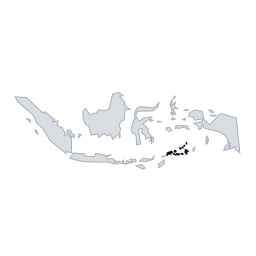 Maluku Barat Daya, Maluku, Indonesia (highlighted), rotated 354°
{"feature_id": "22746128B88480653802061", "entity_name": "Maluku Barat Daya", "entity_type": "district", "adm_level": 2, "iso_a3": "IDN", "parent_name": "Indonesia", "parent_adm1": "Maluku", "projection": "robinson", "projection_center": [127.795, -7.318], "detail": "fine", "context": "in_parent", "style": "filled", "palette": "ink", "viewbox_px": 256, "rotation_deg": 354, "n_neighbors": 0, "source": "geoboundaries", "source_scale": "gbopen_adm2", "svg_char_len": 6834}
<svg xmlns="http://www.w3.org/2000/svg" viewBox="0 0 256 256"><g transform="rotate(354 128 128)"><path d="M87.6,104.3L91.7,110.6L97.9,109.8L101.1,106.8L106.6,108.5L110.8,107.4L116.4,92.6L123.2,91.8L126.4,95.3L123.0,95.7L127.8,102.7L126.4,104.3L132.1,109.9L127.0,109.3L125.3,119.4L121.4,120.8L119.2,124.8L120.6,127.6L119.2,132.1L111.7,137.7L110.1,132.6L107.0,133.8L103.8,131.0L98.2,134.4L97.4,130.8L90.6,131.2L89.3,122.1L85.8,119.6L84.3,113.3L84.9,107.1L87.6,104.3ZM19.2,85.2L30.2,87.1L44.3,103.4L46.0,104.7L46.8,103.0L56.1,112.1L53.8,114.0L59.2,113.6L58.1,118.3L62.5,120.8L64.8,126.5L63.9,129.2L67.5,128.0L70.6,132.0L69.3,146.6L64.0,145.0L63.8,147.0L49.3,132.3L43.2,119.7L37.7,113.3L35.1,105.2L20.8,90.1L19.2,85.2ZM236.8,129.3L236.6,164.4L232.0,159.4L232.5,157.9L226.7,159.6L227.7,156.1L226.1,154.3L226.6,154.0L227.6,154.2L228.1,154.0L225.4,152.6L226.6,152.2L224.2,145.8L219.2,141.9L203.4,135.8L202.8,131.7L200.7,136.2L198.4,137.1L197.6,133.0L193.9,130.2L202.2,129.4L203.2,126.5L195.5,127.3L193.7,123.6L189.3,122.9L190.5,119.8L195.9,117.1L203.5,119.2L204.5,127.7L209.5,133.4L221.7,123.2L236.8,129.3ZM160.2,109.8L154.8,113.6L139.7,112.4L137.8,113.8L137.2,118.2L140.1,122.6L144.4,119.7L153.3,119.4L143.4,125.3L147.9,130.9L147.7,134.7L150.6,138.9L144.5,140.9L144.7,137.3L141.2,134.2L142.0,130.0L140.1,129.6L138.2,131.1L139.0,145.3L134.9,145.5L135.2,137.0L134.4,134.1L131.6,133.5L131.2,129.9L134.6,120.1L136.2,119.9L135.6,115.7L138.2,110.0L142.1,108.0L155.7,110.6L161.3,106.1L160.2,109.8ZM70.8,147.1L81.6,149.1L83.2,151.8L91.6,152.7L93.5,149.8L101.6,152.5L103.9,156.5L110.5,157.2L110.4,160.5L111.4,162.5L105.0,159.9L79.7,156.8L67.0,152.1L70.8,147.1ZM173.8,110.6L178.3,106.7L176.3,111.3L179.3,114.0L174.5,113.6L177.1,120.0L173.6,116.5L172.3,109.1L175.2,103.4L173.8,110.6ZM176.0,130.7L187.3,132.1L188.4,136.0L183.8,133.1L177.5,133.8L175.7,132.2L174.6,134.1L176.0,130.7ZM150.3,161.6L142.0,163.4L136.2,162.1L140.0,159.6L148.1,161.7L150.9,158.9L150.3,161.6ZM126.4,159.1L132.0,159.9L132.9,161.9L121.8,163.8L123.6,160.3L127.4,162.3L128.7,161.5L126.4,159.1ZM160.4,163.4L160.6,167.3L154.4,170.8L154.7,167.0L160.4,163.4ZM70.5,124.2L72.1,128.5L74.2,129.1L73.5,131.8L70.3,130.4L69.3,127.0L66.2,126.2L67.7,123.7L70.5,124.2ZM225.0,159.8L220.8,160.4L222.9,156.0L226.2,155.0L227.2,156.7L225.0,159.8ZM137.1,165.7L139.7,167.6L140.9,169.7L138.3,170.4L132.2,166.5L137.1,165.7ZM169.6,131.9L171.4,134.8L168.8,135.8L165.8,133.6L165.9,131.9L169.6,131.9ZM110.8,159.2L116.7,160.5L114.0,162.9L110.8,159.2ZM120.0,159.4L120.9,163.1L117.4,162.6L120.0,159.4ZM80.9,129.7L78.0,132.5L78.3,129.0L80.9,129.7ZM206.3,144.5L206.9,149.1L205.6,149.4L204.5,146.0L206.3,144.5ZM108.9,152.7L104.4,154.2L102.5,153.3L108.9,152.7ZM152.1,139.7L152.1,144.0L149.6,145.7L150.5,140.1L152.1,139.7ZM27.8,107.5L31.9,110.0L31.3,112.2L27.8,107.5ZM37.8,124.8L36.2,123.9L35.4,120.4L36.6,120.3L37.8,124.8ZM190.8,158.3L189.9,156.6L192.3,153.6L192.2,156.3L190.8,158.3ZM186.3,115.6L190.9,116.8L185.7,116.3L186.3,115.6ZM158.0,124.2L162.2,125.3L157.6,125.2L158.0,124.2ZM150.1,141.8L147.8,143.9L149.8,140.1L150.1,141.8ZM210.2,118.7L212.6,119.1L214.9,121.1L212.7,121.6L210.2,118.7ZM169.3,156.5L167.8,158.1L164.6,158.3L165.4,156.5L169.3,156.5ZM206.1,149.9L205.1,152.1L204.0,152.0L204.1,148.6L206.1,149.9ZM175.8,124.2L172.9,124.5L172.1,123.8L173.3,122.4L175.8,124.2ZM210.6,123.8L214.1,124.1L217.4,124.9L214.2,125.4L210.6,123.8ZM150.8,121.6L153.7,123.0L150.7,123.8L150.8,121.6ZM178.0,103.2L176.1,102.8L177.9,101.2L178.0,103.2ZM157.9,160.6L161.0,159.3L161.4,160.1L157.9,160.6ZM186.2,124.3L185.7,126.2L183.3,125.3L184.5,124.7L186.2,124.3ZM119.5,135.5L118.2,136.8L119.2,132.7L119.5,135.5ZM173.0,116.9L174.5,119.6L173.9,120.0L171.7,117.9L173.0,116.9Z" fill="#d9dde1" stroke="#a8b0b8" stroke-width="1"/><path d="M168.5,155.9L168.4,156.0L168.1,156.0L167.9,156.1L167.7,156.3L167.4,156.4L167.3,156.5L167.1,156.6L166.7,156.7L166.4,156.9L166.2,156.9L166.0,156.7L165.9,156.8L165.8,156.7L165.7,156.7L165.4,156.5L165.2,156.6L165.1,156.9L165.1,157.0L164.9,157.1L164.9,157.3L164.7,157.5L164.7,157.9L164.7,158.1L164.5,158.3L164.9,158.2L165.0,158.1L165.3,157.9L165.5,157.8L165.9,157.7L166.0,157.8L166.2,157.7L166.3,157.8L166.6,157.9L166.9,157.9L167.1,157.9L167.3,158.0L167.4,157.9L167.5,158.0L167.8,158.2L167.9,157.9L168.0,157.7L168.1,157.4L168.4,157.3L168.4,157.2L168.5,157.2L168.8,157.0L169.2,157.0L169.3,156.9L169.4,157.0L169.5,156.9L169.5,156.7L169.4,156.6L169.2,156.5L168.9,156.4L168.7,156.3L168.7,156.2L168.5,155.9ZM183.0,157.2L182.7,157.3L182.6,157.5L182.5,157.8L182.6,158.0L182.8,158.1L183.0,158.4L183.1,158.5L183.3,158.6L183.5,158.6L183.7,158.1L183.8,158.0L183.9,157.9L183.8,157.7L183.7,157.3L183.4,157.3L183.2,157.2L183.0,157.2ZM174.0,158.9L173.9,158.9L173.9,159.0L174.0,159.1L174.0,159.3L174.4,159.5L174.5,159.5L174.8,159.5L175.0,159.7L175.3,159.6L175.4,159.4L175.6,159.3L175.6,159.2L175.4,159.1L175.2,159.1L174.8,159.1L174.7,159.1L174.4,159.0L174.3,158.9L174.0,158.9ZM177.9,153.3L177.7,153.4L177.6,153.5L177.6,153.8L177.8,153.9L178.0,154.1L178.3,153.8L178.2,153.8L178.1,153.7L178.3,153.7L178.2,153.5L178.1,153.4L177.9,153.3ZM172.1,155.6L172.0,155.8L172.0,156.0L171.9,156.1L171.8,156.3L172.0,156.5L172.1,156.4L172.2,156.2L172.4,156.2L172.5,156.1L172.6,155.9L172.5,155.7L172.5,155.8L172.4,155.8L172.3,155.7L172.2,155.7L172.1,155.6ZM176.1,159.5L175.9,159.4L175.8,159.5L175.6,159.5L175.5,159.4L175.5,159.5L175.4,159.7L175.5,159.8L176.0,159.8L176.1,159.5L176.1,159.5ZM179.2,159.3L178.9,159.4L179.1,159.6L179.3,159.6L179.5,159.7L179.8,159.7L179.8,159.4L179.6,159.3L179.4,159.4L179.2,159.3ZM173.6,159.2L173.4,159.3L173.2,159.4L173.1,159.5L173.3,159.5L173.7,159.5L173.8,159.4L173.6,159.2ZM171.2,158.4L170.9,158.5L171.0,158.8L171.4,158.9L171.3,158.7L171.2,158.4ZM184.1,159.0L184.2,158.8L184.0,159.0L183.9,159.0L183.7,159.3L183.6,159.5L183.8,159.4L184.0,159.1L184.1,159.0ZM182.2,157.5L182.3,157.6L182.2,157.7L182.2,157.8L182.3,158.0L182.5,157.8L182.4,157.7L182.2,157.5ZM164.3,158.2L164.2,158.2L164.2,158.3L164.3,158.6L164.4,158.4L164.3,158.2ZM182.3,151.4L182.2,151.4L182.1,151.5L182.3,151.6L182.4,151.4L182.3,151.4ZM183.0,155.8L182.9,155.8L183.0,156.0L183.2,155.9L183.0,155.8ZM180.5,152.7L180.4,152.7L180.4,152.8L180.5,152.9L180.5,152.7ZM184.9,157.0L184.7,157.0L184.8,157.1L185.0,157.1L184.9,157.0ZM184.5,156.7L184.5,156.8L184.6,157.0L184.6,156.8L184.5,156.7ZM173.2,156.1L173.1,155.9L173.0,156.0L173.1,156.3L173.2,156.2L173.2,156.1ZM178.6,159.2L178.7,159.3L178.8,159.4L178.7,159.4L178.8,159.4L178.8,159.2L178.7,159.2L178.6,159.2ZM178.3,159.2L178.3,159.3L178.3,159.2ZM184.6,149.1L184.6,149.3L184.7,149.2L184.6,149.1ZM177.7,154.9L177.7,155.0L177.7,154.9L177.7,154.9ZM171.7,155.7L171.7,155.8L171.7,155.7L171.7,155.7ZM164.3,158.0L164.3,157.9L164.3,158.0L164.3,158.0ZM164.3,158.2L164.4,158.3L164.3,158.2L164.3,158.2ZM177.0,159.4L176.9,159.4L177.0,159.4L177.0,159.4Z" fill="#0f172a" stroke="#020617" stroke-width="1.5"/></g></svg>